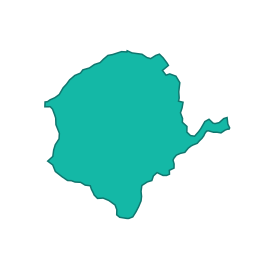 outline of Prastio Avdimou, Limassol, Cyprus, rotated 36°
{"feature_id": "46923920B98437819833460", "entity_name": "Prastio Avdimou", "entity_type": "district", "adm_level": 2, "iso_a3": "CYP", "parent_name": "Cyprus", "parent_adm1": "Limassol", "projection": "robinson", "projection_center": [32.781, 34.724], "detail": "fine", "context": "isolated", "style": "filled", "palette": "teal", "viewbox_px": 256, "rotation_deg": 36, "n_neighbors": 0, "source": "geoboundaries", "source_scale": "gbopen_adm2", "svg_char_len": 1647}
<svg xmlns="http://www.w3.org/2000/svg" viewBox="0 0 256 256"><g transform="rotate(36 128 128)"><path d="M45.6,155.7L48.3,159.7L52.6,156.5L55.9,157.1L60.7,160.3L63.6,162.4L67.8,167.7L75.6,172.6L78.6,177.3L79.0,184.3L80.8,189.5L83.9,195.2L82.5,202.0L88.8,202.1L94.8,205.9L103.4,206.2L109.9,206.0L111.2,205.2L113.1,203.9L116.8,202.9L121.6,199.8L126.9,199.4L131.4,196.9L134.3,199.0L138.2,201.0L140.0,202.1L144.7,202.9L149.1,199.3L155.1,197.9L162.8,197.9L167.0,200.7L169.9,204.9L173.8,205.1L180.5,201.7L181.8,200.7L184.1,197.1L183.7,191.1L182.8,185.3L181.4,179.3L179.2,175.4L175.8,171.6L173.0,166.4L175.3,160.3L178.2,156.5L176.7,151.8L177.7,147.0L184.2,145.8L187.1,143.7L188.7,141.0L188.0,140.1L186.3,138.0L188.8,133.4L186.4,130.0L183.3,127.5L182.9,125.3L183.1,121.5L185.3,117.7L188.3,114.3L188.6,108.8L189.6,105.5L190.5,103.6L193.0,99.7L193.3,96.5L193.9,92.9L193.9,89.7L193.4,87.5L193.4,84.4L194.7,83.0L199.6,81.2L202.5,79.1L206.1,77.3L207.9,72.4L209.4,70.2L210.4,69.6L210.2,68.2L206.5,66.2L202.0,61.3L199.9,64.1L198.6,70.1L195.8,73.3L194.0,74.1L188.4,73.3L186.4,77.6L187.3,85.9L187.3,89.6L186.7,95.5L183.0,97.4L178.0,96.7L174.8,92.1L168.6,91.4L166.5,88.2L161.5,84.9L159.9,79.9L157.4,74.8L153.1,76.6L151.8,73.7L147.8,68.9L143.3,60.9L136.3,57.9L130.0,59.7L127.7,62.9L122.0,61.2L123.9,53.6L121.6,52.6L115.2,50.6L110.0,49.8L107.8,53.0L105.6,58.5L101.9,59.9L96.0,60.1L87.1,64.9L81.9,66.0L82.4,67.1L77.9,70.0L72.3,77.7L69.1,81.1L67.7,86.8L67.0,91.5L63.5,96.4L61.5,102.1L57.3,107.5L57.3,111.5L54.1,116.7L52.5,123.4L52.5,128.6L51.9,133.5L52.7,141.3L51.0,146.5L48.4,151.0L47.4,154.0L45.6,155.7Z" fill="#14b8a6" stroke="#0f766e" stroke-width="1.5"/></g></svg>